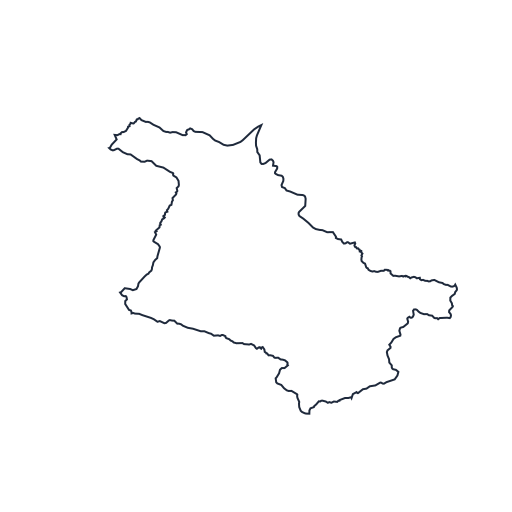 outline of Peñol, Antioquia, Colombia, rotated 319°
{"feature_id": "7082276B19280887364863", "entity_name": "Peñol", "entity_type": "district", "adm_level": 2, "iso_a3": "COL", "parent_name": "Colombia", "parent_adm1": "Antioquia", "projection": "orthographic", "projection_center": [-75.222, 6.241], "detail": "fine", "context": "isolated", "style": "outline", "palette": "slate", "viewbox_px": 512, "rotation_deg": 319, "n_neighbors": 0, "source": "geoboundaries", "source_scale": "gbopen_adm2", "svg_char_len": 6126}
<svg xmlns="http://www.w3.org/2000/svg" viewBox="0 0 512 512"><g transform="rotate(319 256 256)"><path d="M124.4,217.7L125.9,218.4L126.9,220.1L129.9,223.0L131.4,226.0L136.1,233.8L137.4,236.7L138.5,241.0L140.7,242.0L142.8,246.7L144.2,247.5L148.0,247.5L148.9,247.8L150.4,249.8L151.9,251.2L152.2,255.4L153.5,256.6L154.6,258.3L155.1,260.7L157.4,265.4L160.7,269.5L164.9,276.5L167.7,279.0L169.8,283.3L171.1,285.2L171.9,288.5L175.3,291.0L176.5,292.8L178.2,293.1L179.1,293.8L180.3,296.4L179.7,297.5L179.7,298.5L181.2,301.2L181.4,303.2L182.3,305.0L182.4,306.6L184.1,309.1L188.6,312.8L189.2,314.7L191.8,317.3L192.7,318.3L194.6,319.1L195.9,322.3L195.5,325.5L195.8,326.6L198.1,326.8L199.0,327.3L198.8,328.5L199.1,329.3L200.0,328.7L201.3,329.1L201.0,332.0L199.7,334.1L200.1,335.6L199.9,336.4L200.5,336.9L200.3,339.2L201.6,340.2L203.3,342.5L203.2,344.6L203.6,345.4L206.0,347.3L206.7,350.2L208.2,351.8L209.4,353.7L209.9,356.8L209.6,357.6L208.5,358.4L208.4,359.4L204.0,359.3L201.9,357.5L199.5,357.6L196.4,359.7L191.9,361.1L190.6,361.2L188.4,364.6L188.5,366.2L190.5,369.9L190.4,374.2L191.1,377.6L192.1,379.3L194.3,381.1L196.3,387.3L196.2,387.8L195.2,388.6L194.2,390.3L192.9,394.5L191.6,395.6L189.5,398.4L188.2,402.2L188.4,403.9L189.6,406.6L190.4,407.8L192.8,410.0L195.0,407.6L197.2,406.7L200.5,408.0L201.4,407.5L204.1,407.5L208.1,406.9L209.0,407.9L210.2,408.0L211.2,408.7L213.2,411.6L213.9,413.9L215.5,414.4L216.6,416.2L219.3,416.9L221.6,419.4L223.2,419.3L224.1,420.0L224.6,419.6L230.1,421.6L232.6,423.8L234.8,424.8L235.1,425.2L234.9,425.9L238.5,423.8L242.6,424.7L242.6,426.0L243.0,426.4L249.3,426.7L252.4,428.6L256.4,429.0L261.2,432.0L266.5,433.0L267.2,433.4L268.0,435.5L268.8,436.3L271.7,436.8L279.7,440.1L284.3,439.0L287.4,436.9L286.9,433.7L285.2,431.4L285.0,430.3L285.4,429.1L286.7,427.6L286.7,423.9L288.7,421.2L290.0,417.3L291.7,414.4L293.3,413.5L297.2,413.6L298.0,412.8L298.4,410.4L301.3,410.1L305.4,408.8L308.3,409.1L312.6,410.8L313.5,410.1L315.1,406.5L317.3,405.0L318.4,405.1L320.6,406.2L326.3,406.4L327.7,405.4L329.0,402.6L329.9,402.2L331.9,402.5L332.1,403.9L332.7,404.5L333.5,404.8L334.7,404.7L336.5,403.8L338.6,400.4L340.2,400.0L341.6,401.2L342.1,402.3L342.2,404.6L342.7,406.8L344.6,410.1L347.1,412.2L347.6,414.1L349.8,416.6L349.9,419.7L350.4,420.5L351.9,421.7L352.0,423.2L353.9,423.3L354.5,423.8L359.7,427.9L361.5,430.0L363.0,429.7L364.3,428.6L364.8,427.5L364.9,425.0L366.2,423.8L370.8,423.4L371.7,423.0L371.7,421.9L372.8,420.2L373.4,417.1L375.4,414.9L377.6,414.7L381.1,415.0L382.7,413.9L385.1,413.5L385.9,412.9L386.7,411.6L387.6,408.3L386.4,408.7L385.5,408.6L384.0,407.9L383.0,406.8L381.7,403.5L380.4,402.4L379.2,400.2L379.1,398.8L376.8,395.8L374.9,391.1L372.5,389.6L370.7,389.3L369.5,388.3L369.1,387.3L367.4,385.7L366.4,383.6L365.0,382.8L364.5,381.1L365.3,379.9L362.7,378.3L362.4,376.7L361.5,375.3L359.2,374.2L357.8,374.0L357.5,372.0L356.7,371.0L356.6,369.9L356.0,369.2L355.4,369.4L354.7,368.3L353.6,368.1L353.1,366.8L350.6,365.3L348.0,362.1L346.6,361.1L346.1,357.5L347.5,355.7L347.4,355.0L346.7,354.4L346.7,353.6L346.0,353.4L345.9,352.5L344.2,350.9L342.7,351.0L340.7,349.2L337.5,347.9L336.2,346.6L335.3,345.0L333.7,344.1L332.6,342.4L331.9,340.3L332.3,338.5L331.8,337.7L331.8,336.8L333.3,333.3L332.6,331.7L332.4,329.2L333.2,327.8L334.9,326.2L335.8,325.8L336.0,324.7L337.9,324.0L337.8,323.0L338.2,322.2L337.8,321.6L338.7,321.1L338.4,320.6L337.5,320.3L338.3,319.1L337.9,318.3L338.1,317.3L337.1,316.4L337.4,315.1L336.8,314.5L336.8,313.7L337.3,312.5L339.1,311.7L339.5,310.6L335.0,308.4L334.5,306.1L333.9,305.4L331.9,305.2L330.5,304.3L330.4,301.9L331.1,299.4L329.0,297.0L328.1,294.8L329.0,293.9L329.7,288.4L325.3,284.7L323.1,280.1L321.1,278.0L318.8,274.9L317.7,271.9L317.3,265.5L316.2,258.8L315.0,254.4L315.3,252.8L316.3,251.5L317.5,251.0L326.0,250.5L331.0,245.4L332.1,243.2L331.8,241.6L331.2,240.6L327.5,236.9L324.1,229.8L322.0,226.6L322.3,223.7L320.9,221.0L321.8,219.2L325.8,217.3L327.3,215.8L327.8,214.8L328.2,213.7L328.0,212.2L325.7,209.4L324.7,206.8L324.7,205.9L325.4,205.2L329.3,203.9L330.5,202.7L330.5,201.7L328.1,199.0L330.8,196.7L331.3,195.2L331.1,193.3L329.5,192.2L324.2,192.1L321.9,191.3L320.6,190.2L320.7,188.2L324.8,182.4L325.2,178.4L327.0,176.2L328.4,172.8L330.4,170.3L333.4,167.2L335.8,165.6L345.9,160.7L342.6,159.8L337.7,159.2L321.9,159.9L319.1,159.7L311.6,157.1L306.8,153.9L304.5,150.8L302.9,145.8L300.9,142.0L300.4,139.4L300.2,134.5L296.9,127.4L291.7,122.5L290.9,120.8L291.0,118.5L290.0,116.5L288.2,116.4L287.3,115.9L286.5,115.8L284.3,116.8L283.7,118.6L282.1,118.6L279.9,116.6L276.9,110.2L274.4,107.8L272.1,106.6L270.9,104.6L269.5,103.3L268.1,100.9L267.5,95.7L264.7,89.7L263.5,85.5L262.4,83.8L260.8,82.5L258.7,78.3L258.6,75.5L257.3,75.1L256.3,75.2L255.6,74.7L253.6,75.7L252.7,75.4L250.8,75.7L250.3,75.5L248.8,73.3L248.2,73.8L246.5,74.0L245.7,75.1L244.3,74.5L243.5,75.2L239.9,76.3L237.4,75.6L236.2,74.6L234.4,74.6L233.7,75.2L232.9,74.4L230.7,73.9L228.8,71.9L227.3,76.6L220.2,77.3L216.7,78.5L216.0,78.2L216.2,80.3L217.2,82.3L218.2,82.9L221.5,83.8L222.6,84.8L223.6,90.3L225.7,94.8L228.0,97.1L229.8,104.8L230.9,107.5L231.1,109.3L233.8,111.8L236.4,112.6L239.4,115.9L239.9,122.5L244.1,128.5L246.3,136.1L247.7,138.8L247.7,139.4L246.7,140.3L246.4,141.1L247.5,144.5L246.8,148.5L244.4,151.8L243.2,152.6L240.7,152.7L239.3,155.3L238.3,155.6L237.2,155.4L236.9,156.6L236.0,157.1L231.0,157.5L229.8,159.4L228.3,159.8L225.7,161.9L224.0,161.3L220.7,162.8L218.8,163.0L218.2,164.4L216.3,163.7L215.6,163.9L214.3,165.2L212.2,165.1L211.8,166.0L212.4,166.6L212.4,167.1L211.2,167.2L209.2,166.8L207.2,167.9L205.7,168.1L205.1,168.5L204.7,169.9L203.5,169.6L201.9,171.1L197.3,171.1L196.9,171.2L197.0,172.0L195.4,171.7L194.7,174.4L189.2,176.6L188.3,177.3L188.3,178.1L189.8,182.8L189.5,185.8L189.0,186.6L181.5,191.5L180.0,192.8L177.4,192.8L174.4,193.5L172.1,195.3L170.0,196.4L169.0,197.5L167.4,198.4L164.6,198.3L163.2,198.8L161.4,198.3L158.5,198.4L150.5,199.3L149.2,199.7L147.1,201.4L144.1,202.5L140.6,201.0L139.4,198.4L135.8,194.2L130.4,194.8L129.5,194.4L129.2,197.8L130.1,199.9L131.4,200.8L131.3,202.1L130.1,204.1L127.8,204.2L125.8,206.4L124.8,213.4L125.8,215.0L125.4,216.4L124.4,217.7Z" fill="none" stroke="#1e293b" stroke-width="2"/></g></svg>